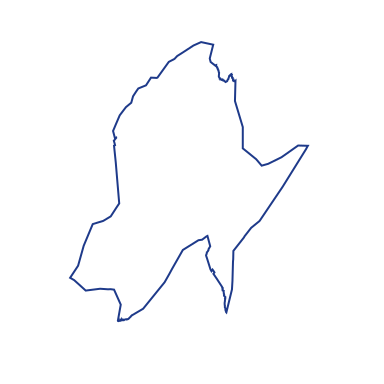 Dovre nor, Oppland, Norway (Robinson projection), rotated 109°
{"feature_id": "86288312B94593147545538", "entity_name": "Dovre nor", "entity_type": "district", "adm_level": 2, "iso_a3": "NOR", "parent_name": "Norway", "parent_adm1": "Oppland", "projection": "robinson", "projection_center": [9.548, 62.115], "detail": "fine", "context": "isolated", "style": "outline", "palette": "blue", "viewbox_px": 384, "rotation_deg": 109, "n_neighbors": 0, "source": "geoboundaries", "source_scale": "gbopen_adm2", "svg_char_len": 4870}
<svg xmlns="http://www.w3.org/2000/svg" viewBox="0 0 384 384"><g transform="rotate(109 192 192)"><path d="M294.7,120.3L271.1,122.5L262.9,124.8L244.4,130.6L242.3,131.1L234.2,133.7L218.1,128.1L216.8,127.9L206.6,124.4L197.6,118.8L196.7,118.5L157.5,108.0L131.7,102.1L114.2,98.1L112.1,97.8L110.6,97.5L113.5,106.8L130.0,118.7L140.6,129.2L144.4,134.7L140.1,142.0L134.2,158.2L114.1,165.1L92.0,181.0L72.7,187.1L73.4,187.5L73.5,187.6L73.5,187.8L73.3,188.0L73.2,188.1L73.5,188.5L73.4,188.8L73.2,188.9L73.0,189.0L72.8,189.1L73.1,189.3L73.2,189.5L72.9,189.7L72.5,189.8L72.0,190.0L71.8,190.1L71.5,190.5L71.3,190.6L71.1,190.6L71.1,190.8L70.6,191.0L70.5,191.3L70.6,191.5L70.1,191.7L70.0,191.8L69.8,191.8L69.7,191.9L69.7,192.0L69.4,192.2L69.4,192.3L69.5,192.4L69.5,192.5L69.3,192.5L69.2,192.5L68.9,192.5L68.7,192.6L68.3,192.5L68.2,192.5L68.2,192.8L68.3,193.1L68.2,193.2L67.8,193.3L68.0,193.5L68.6,193.8L69.1,194.0L70.1,194.6L70.4,194.6L70.8,194.5L71.0,194.5L71.4,194.5L72.2,194.5L72.4,194.5L73.0,194.4L73.3,194.4L73.5,194.4L73.8,194.7L73.9,194.8L74.1,194.8L75.2,194.8L75.5,194.8L75.8,194.9L75.9,195.1L76.1,195.2L76.2,195.4L77.0,195.9L77.1,196.0L77.0,196.3L76.8,196.6L76.8,196.8L76.7,197.1L76.3,197.7L76.2,197.8L76.2,198.0L76.3,198.2L76.5,198.6L76.4,198.7L76.4,198.8L76.1,199.0L75.9,199.2L75.7,199.7L75.6,199.8L75.7,200.0L75.8,200.1L76.2,200.0L76.3,200.1L76.4,200.4L76.4,200.5L76.2,200.6L76.0,201.2L76.0,201.4L76.1,201.6L76.2,201.8L75.7,201.9L75.6,202.0L75.8,202.3L75.8,202.6L75.7,202.6L75.4,202.8L75.2,203.0L75.0,203.3L74.8,203.5L74.5,203.9L74.3,204.1L74.1,204.2L73.6,204.4L73.0,204.5L71.6,204.9L70.4,205.2L70.3,205.3L70.2,205.4L70.1,205.6L69.9,205.7L69.8,205.8L69.2,206.1L68.9,206.3L68.7,206.5L68.3,206.6L68.1,206.8L68.1,207.0L67.9,207.3L67.6,207.6L67.1,207.7L66.7,207.9L66.6,208.0L66.6,208.4L66.1,208.9L65.9,209.0L65.7,209.0L65.0,210.7L64.8,210.5L64.5,210.3L64.2,210.4L64.3,210.5L64.7,210.8L64.8,210.9L64.7,211.2L64.9,211.2L63.0,216.7L60.9,218.1L59.9,218.7L45.8,219.9L47.3,232.2L53.0,238.3L64.3,247.1L68.3,250.3L71.9,251.9L76.5,256.3L95.1,261.9L95.7,262.7L95.8,263.1L97.2,268.0L106.1,270.2L111.6,276.5L115.1,277.5L120.7,278.9L127.4,278.5L130.5,280.4L133.3,282.1L137.2,283.4L143.0,285.3L152.4,286.0L160.0,286.5L166.8,282.0L165.8,281.8L165.6,281.7L165.4,281.5L165.3,281.4L165.5,281.3L166.8,281.8L167.3,282.0L168.4,282.3L169.0,282.6L170.8,281.3L172.8,280.0L173.6,280.8L176.6,279.4L188.9,273.7L204.1,267.0L226.5,257.1L231.4,258.4L241.5,260.9L248.2,266.5L254.5,275.2L254.7,275.4L278.1,276.9L298.8,275.7L312.8,279.3L313.7,274.7L319.8,260.4L313.4,247.4L311.3,239.6L310.4,237.4L309.7,233.9L321.7,222.7L337.7,220.2L337.8,220.0L337.9,219.9L338.1,219.8L338.1,219.7L337.9,219.3L337.8,219.2L337.7,219.1L337.6,218.9L337.5,218.7L337.3,218.7L337.0,218.6L336.9,218.4L336.8,218.2L336.7,218.2L336.8,218.1L337.0,217.9L337.0,217.7L336.9,217.6L336.8,217.4L336.6,217.3L336.5,217.2L335.9,217.2L335.6,217.1L335.5,216.9L335.4,216.9L335.5,216.8L335.4,216.6L335.5,216.4L335.4,216.2L335.5,216.1L335.3,216.0L335.3,215.8L335.2,215.7L335.3,215.6L335.3,215.4L335.5,215.3L335.5,215.2L335.5,214.9L335.4,214.8L335.4,214.7L335.0,214.4L334.9,214.3L334.7,214.2L334.4,213.9L334.2,213.7L333.4,212.0L333.6,211.9L333.4,211.6L333.0,211.1L332.8,210.9L332.1,210.5L332.0,210.4L331.7,210.3L331.3,210.2L331.2,210.1L330.8,209.9L330.5,209.7L330.4,209.7L330.1,209.5L329.9,209.4L329.6,209.3L329.4,209.3L329.2,209.2L328.6,208.9L328.4,208.8L328.3,208.7L328.2,208.7L327.9,208.5L327.9,208.4L318.3,200.2L286.2,188.5L277.1,186.8L271.1,185.8L249.8,181.8L235.5,170.2L233.8,166.9L229.3,163.9L228.5,163.1L237.4,157.1L237.9,157.2L239.0,157.4L239.2,157.5L239.6,157.5L240.1,157.7L240.8,157.7L241.2,157.6L241.4,157.5L241.6,157.6L242.1,157.7L242.8,157.7L243.0,157.8L243.8,158.1L244.2,158.2L244.3,158.3L244.7,158.2L245.0,158.1L245.6,158.1L245.8,158.0L246.3,158.1L246.9,158.1L247.2,158.1L247.5,158.0L249.1,156.8L249.3,156.6L259.2,149.3L260.5,147.8L259.5,147.5L258.7,147.3L259.9,145.6L260.7,144.6L262.4,145.1L266.5,139.6L267.0,139.0L271.9,132.7L272.1,132.6L272.3,132.5L272.4,132.3L272.5,132.3L272.6,132.2L272.8,132.1L272.7,131.9L272.8,131.8L272.8,131.7L273.4,131.5L273.6,131.5L273.8,131.4L273.8,131.5L274.1,131.5L274.3,131.4L274.5,131.3L274.6,131.2L274.8,131.2L275.0,131.1L274.9,131.1L275.1,131.0L275.1,130.9L275.1,130.6L275.2,130.3L275.2,129.8L275.8,129.7L276.1,129.6L276.3,129.5L276.5,129.4L277.6,128.8L277.9,128.8L278.1,128.6L278.2,128.4L278.5,128.2L279.4,128.1L279.6,128.0L279.9,127.6L280.0,127.1L280.2,126.9L280.3,126.8L280.4,126.6L280.5,126.3L280.9,126.3L281.1,126.1L281.5,126.0L281.7,125.9L282.1,126.1L282.7,125.7L282.9,125.7L283.7,125.6L284.0,125.5L284.3,125.4L284.6,125.3L285.5,125.2L285.9,125.1L286.9,124.8L287.4,124.6L288.4,124.2L288.7,123.9L289.3,123.7L289.8,123.6L290.5,123.3L290.9,122.8L291.2,122.4L292.4,122.1L292.9,121.8L293.6,121.3L293.9,120.9L294.4,120.7L294.6,120.5L294.7,120.3Z" fill="none" stroke="#1e3a8a" stroke-width="2"/></g></svg>